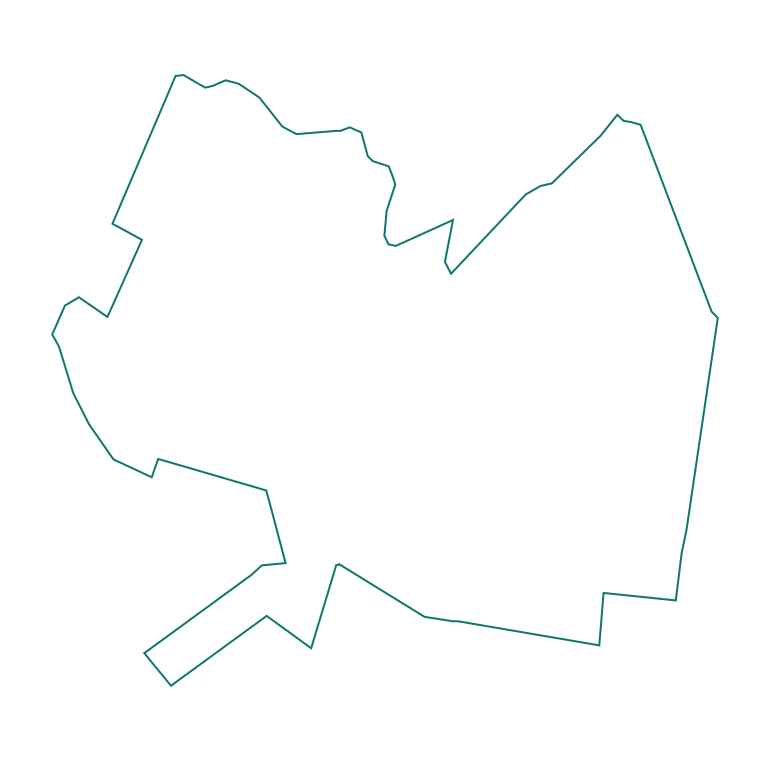 Ruwa, Mashonaland East, Zimbabwe, rotated 91°
{"feature_id": "62879985B71976011533530", "entity_name": "Ruwa", "entity_type": "district", "adm_level": 2, "iso_a3": "ZWE", "parent_name": "Zimbabwe", "parent_adm1": "Mashonaland East", "projection": "robinson", "projection_center": [31.224, -17.887], "detail": "fine", "context": "isolated", "style": "outline", "palette": "teal", "viewbox_px": 768, "rotation_deg": 91, "n_neighbors": 0, "source": "geoboundaries", "source_scale": "gbopen_adm2", "svg_char_len": 1135}
<svg xmlns="http://www.w3.org/2000/svg" viewBox="0 0 768 768"><g transform="rotate(91 384 384)"><path d="M79.7,597.8L228.5,658.3L244.1,628.5L321.8,661.7L302.6,690.6L311.2,704.4L340.3,716.6L352.3,709.6L398.4,694.6L429.8,678.0L464.2,653.1L481.3,614.6L462.9,608.5L490.7,506.5L492.6,499.8L530.7,488.9L564.8,479.3L567.5,503.0L577.3,513.4L657.3,619.0L689.4,591.7L617.9,497.3L649.5,452.2L565.9,428.6L565.6,426.0L564.9,425.8L616.1,339.4L619.5,314.7L619.5,314.0L619.9,313.3L619.9,312.5L619.9,311.8L619.9,311.1L620.0,308.9L620.0,305.9L620.0,305.6L620.1,304.8L641.6,164.2L589.1,160.8L595.3,88.5L547.6,83.4L524.6,79.0L312.1,51.4L308.6,54.9L305.9,57.7L120.4,131.9L117.8,141.5L116.7,149.1L116.2,149.5L110.8,155.4L131.9,171.7L180.5,219.7L183.3,231.0L192.0,245.6L269.5,316.1L272.6,318.9L260.8,325.2L218.8,317.9L245.7,374.6L244.3,381.9L235.8,386.2L211.0,384.4L184.3,376.2L174.4,379.7L166.3,383.1L161.4,399.0L156.5,404.2L133.0,411.0L131.4,414.7L128.0,422.7L131.8,432.4L131.7,433.5L131.7,436.2L135.7,475.9L128.5,490.0L99.8,513.6L86.4,534.4L83.1,547.6L89.0,560.6L90.8,568.0L78.6,589.9L79.7,597.8Z" fill="none" stroke="#0f766e" stroke-width="2"/></g></svg>